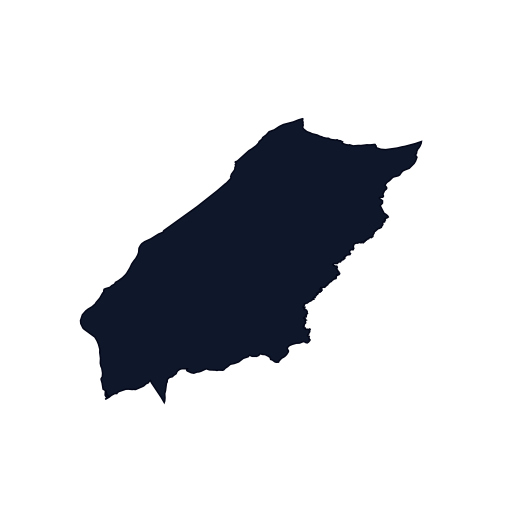 outline of San Vicente, Manabi, Ecuador, rotated 63°
{"feature_id": "8360857B32619791172197", "entity_name": "San Vicente", "entity_type": "district", "adm_level": 2, "iso_a3": "ECU", "parent_name": "Ecuador", "parent_adm1": "Manabi", "projection": "equal_earth", "projection_center": [-80.343, -0.465], "detail": "fine", "context": "isolated", "style": "filled", "palette": "ink", "viewbox_px": 512, "rotation_deg": 63, "n_neighbors": 0, "source": "geoboundaries", "source_scale": "gbopen_adm2", "svg_char_len": 6137}
<svg xmlns="http://www.w3.org/2000/svg" viewBox="0 0 512 512"><g transform="rotate(63 256 256)"><path d="M360.8,284.1L360.2,283.5L359.1,280.8L358.6,278.6L358.7,277.5L358.4,275.6L357.7,273.5L356.2,270.9L355.4,270.2L352.8,270.2L352.3,270.0L351.5,268.8L351.3,267.8L350.9,267.2L351.2,263.7L352.0,259.7L353.4,256.6L353.7,252.8L354.5,251.7L355.7,251.0L356.7,249.8L356.5,248.3L355.6,246.2L355.0,245.9L354.6,246.3L354.1,246.1L353.5,246.3L352.9,245.8L352.4,245.8L351.8,245.1L350.5,246.3L349.5,245.4L349.5,244.5L348.8,244.1L347.9,242.5L346.7,242.0L345.9,241.0L345.3,241.4L345.4,242.7L344.7,243.3L344.0,244.9L342.5,244.8L342.2,245.6L341.5,245.6L340.6,246.0L340.3,244.8L339.5,244.7L338.7,243.7L338.1,242.1L335.9,241.5L335.9,240.4L334.8,241.1L334.4,240.6L333.8,240.8L333.2,241.8L332.9,241.8L332.6,240.4L333.0,238.9L332.3,238.4L331.4,238.5L331.3,237.7L330.8,237.7L330.5,236.2L329.7,236.2L328.7,235.6L327.3,235.6L326.6,236.0L325.8,237.3L325.4,236.7L324.6,237.0L324.6,236.4L324.1,235.9L323.9,237.0L322.7,237.4L322.5,237.2L322.7,236.2L321.3,235.0L320.6,234.8L320.5,234.4L320.9,233.6L320.8,232.8L321.2,231.6L320.7,229.7L320.9,227.3L320.6,225.8L320.1,225.0L320.8,224.3L320.8,224.0L319.8,224.0L319.3,223.5L319.3,223.1L319.8,222.4L319.7,222.1L319.0,222.1L318.6,221.5L318.7,220.5L318.0,219.5L318.1,218.5L317.7,218.2L316.9,218.7L316.7,218.3L317.3,217.2L316.7,216.3L317.3,215.4L316.5,215.0L317.1,213.9L316.8,213.6L316.5,213.8L316.4,212.6L315.5,212.5L314.8,212.8L314.5,213.9L313.9,213.0L313.4,212.6L313.5,212.2L314.3,211.8L314.3,210.6L314.5,209.7L315.0,209.2L315.0,208.5L314.4,207.0L314.1,205.0L313.1,203.9L313.2,202.7L312.7,201.6L312.9,200.6L312.2,198.9L312.1,196.9L311.7,196.2L311.8,195.8L312.4,195.4L312.4,195.0L311.9,194.4L310.9,194.0L310.2,193.2L310.2,192.1L309.9,192.4L309.5,192.4L309.7,191.4L310.3,190.7L310.0,189.8L309.4,189.3L308.8,189.6L307.7,189.4L307.1,190.2L306.1,189.6L303.6,190.4L303.3,190.2L303.6,189.3L303.4,188.9L302.0,188.5L301.5,188.9L301.1,190.2L300.4,190.3L300.1,191.1L299.4,191.0L298.5,191.5L298.3,191.2L298.2,189.4L299.0,188.3L299.6,186.8L298.8,185.3L298.8,184.8L299.6,183.7L299.5,183.2L298.8,182.8L299.0,181.9L298.4,181.6L298.9,180.2L298.4,177.9L297.9,177.6L297.3,178.2L297.0,177.8L296.5,174.2L297.4,171.6L296.7,170.7L296.0,171.2L293.8,170.2L293.6,169.7L293.7,169.2L293.6,167.2L294.5,166.9L294.5,166.4L294.0,166.2L293.6,165.4L292.1,165.2L290.8,164.2L289.9,163.1L289.9,161.0L290.7,159.6L290.8,157.8L292.0,156.4L291.5,155.0L292.0,154.6L292.9,154.6L292.4,152.1L291.7,151.8L292.0,150.6L291.5,149.0L291.8,147.8L291.1,146.6L291.3,145.7L292.0,145.0L291.7,143.0L290.3,142.2L289.3,140.5L288.0,139.5L288.1,138.7L287.1,134.9L287.4,133.6L287.4,131.3L286.7,130.7L285.6,128.7L284.2,128.2L283.8,127.8L283.4,126.8L283.8,126.5L284.0,126.0L283.0,125.1L282.7,124.4L281.6,124.5L281.3,122.5L281.5,122.2L281.5,121.4L281.3,120.4L279.8,120.5L277.6,121.5L276.1,122.5L267.5,122.5L266.3,119.3L264.3,118.2L260.9,119.8L260.4,119.8L260.1,119.5L260.0,118.6L260.9,117.1L261.1,116.5L260.9,115.6L260.4,115.2L258.4,114.8L256.1,111.8L255.5,109.4L254.9,108.7L254.1,108.5L251.7,109.0L250.9,108.1L249.9,106.1L249.3,102.4L248.2,99.1L248.0,97.7L249.1,92.9L249.0,91.2L247.6,88.6L246.9,86.7L246.9,84.4L247.4,79.6L245.3,73.1L243.8,70.7L241.0,67.7L239.6,68.2L238.7,67.7L238.1,68.2L237.4,66.4L235.3,64.9L234.6,63.7L233.9,63.0L233.8,62.2L232.4,59.8L230.6,57.7L229.1,56.6L228.2,62.9L225.9,73.6L225.0,76.5L223.9,81.2L220.1,92.2L217.6,96.3L214.6,99.2L213.7,99.7L212.6,99.0L211.6,99.4L210.8,99.2L210.4,99.7L208.9,103.7L207.2,106.9L205.3,112.2L203.9,114.8L202.0,119.5L199.4,122.1L199.0,123.4L197.5,125.4L195.0,127.8L194.6,128.0L193.7,127.0L191.6,128.5L190.6,130.1L189.3,130.9L188.8,132.5L186.6,135.8L185.3,137.2L184.1,137.8L182.9,140.0L180.7,142.6L179.7,143.2L178.4,144.7L176.0,146.5L172.3,150.8L171.2,151.5L168.3,154.2L164.4,156.0L162.8,156.1L162.4,156.0L160.8,154.5L159.6,154.2L158.1,153.3L156.1,153.0L155.2,152.0L154.8,152.2L154.0,156.4L153.5,161.9L151.3,171.9L151.2,176.4L151.9,182.5L151.2,187.9L152.8,192.0L153.5,196.2L154.7,197.8L155.4,201.1L156.6,202.5L157.8,205.8L158.7,211.3L158.9,214.4L163.0,229.7L162.7,231.6L163.0,231.9L164.2,231.2L165.0,232.9L166.5,233.2L167.6,234.6L168.7,235.2L169.7,236.2L172.0,240.7L174.0,242.7L174.7,242.5L175.4,243.1L177.6,249.2L177.8,250.7L180.3,260.9L185.3,286.0L191.5,326.4L191.9,327.3L192.7,327.7L192.2,332.8L193.0,342.0L192.7,348.7L193.2,352.1L194.1,354.1L195.9,356.7L199.5,358.9L201.5,361.0L203.7,364.3L204.9,367.0L206.7,370.3L209.3,373.6L212.8,379.2L213.6,381.1L214.8,384.9L215.6,389.9L215.7,393.2L216.4,394.0L216.9,395.2L216.9,397.8L217.6,400.4L216.7,405.2L216.7,406.5L218.2,407.7L219.1,408.0L219.4,409.4L222.6,414.2L224.9,419.7L225.7,420.8L226.8,425.1L227.1,429.8L227.7,432.7L229.6,437.4L233.9,441.7L236.7,442.8L241.6,442.9L243.1,442.4L255.0,436.4L259.2,436.1L263.2,436.4L268.3,437.5L271.0,439.0L276.6,441.0L280.8,443.4L283.7,444.2L285.9,444.3L290.6,445.8L293.8,447.7L295.0,449.7L295.7,450.1L299.4,450.8L305.2,452.7L307.5,451.3L308.7,450.9L311.4,451.6L312.6,451.4L314.1,450.6L314.6,450.6L315.2,451.3L314.5,448.2L314.4,444.3L315.4,442.5L314.8,441.4L314.5,440.0L315.6,432.4L316.8,429.9L318.7,427.0L319.5,425.0L320.1,424.4L320.3,423.4L320.8,415.1L319.9,411.8L320.1,409.6L319.1,407.9L319.0,406.6L321.4,406.7L339.0,404.6L344.9,404.3L343.7,403.1L341.1,401.5L337.2,399.8L334.8,397.7L328.5,393.4L328.3,392.8L327.7,392.2L325.7,391.0L324.9,388.2L325.6,385.3L325.0,383.6L324.6,380.6L323.3,379.1L322.7,377.8L322.4,375.7L322.5,374.3L322.9,373.0L325.3,368.4L325.7,369.2L326.2,369.6L327.1,369.5L330.6,366.7L332.2,364.6L332.6,361.3L333.3,359.6L333.7,357.4L333.9,351.5L336.3,349.2L339.4,343.7L340.2,342.8L340.7,341.0L342.7,337.5L342.8,336.4L342.0,334.3L341.7,331.5L340.9,328.6L341.0,327.3L341.9,324.2L342.5,319.5L341.4,313.8L342.2,308.7L341.4,307.0L342.0,306.2L343.1,305.5L343.8,304.7L345.7,301.0L345.8,298.7L345.1,297.2L345.2,296.4L346.7,294.8L348.0,292.6L350.8,290.6L352.7,289.5L354.8,289.9L356.1,288.6L358.8,287.3L359.9,286.2L360.8,284.1ZM315.3,455.4L315.2,452.3L315.1,451.7L314.6,451.1L313.9,451.0L311.4,452.1L309.1,451.6L308.4,451.8L311.5,453.6L313.0,453.6L313.6,453.0L314.5,453.4L315.3,455.4Z" fill="#0f172a" stroke="#020617" stroke-width="1.5"/></g></svg>